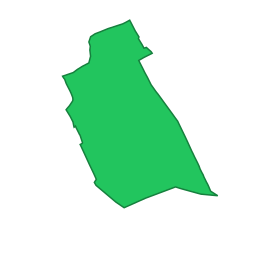 outline of Nazareno Etla, Oaxaca, Mexico, rotated 245°
{"feature_id": "50627088B30693965136566", "entity_name": "Nazareno Etla", "entity_type": "district", "adm_level": 2, "iso_a3": "MEX", "parent_name": "Mexico", "parent_adm1": "Oaxaca", "projection": "mercator", "projection_center": [-96.827, 17.182], "detail": "fine", "context": "isolated", "style": "filled", "palette": "green", "viewbox_px": 256, "rotation_deg": 245, "n_neighbors": 0, "source": "geoboundaries", "source_scale": "gbopen_adm2", "svg_char_len": 1573}
<svg xmlns="http://www.w3.org/2000/svg" viewBox="0 0 256 256"><g transform="rotate(245 128 128)"><path d="M207.5,123.3L203.5,120.0L203.2,113.0L202.5,107.0L201.4,101.8L202.6,90.6L201.3,90.7L200.1,90.9L199.0,91.2L194.3,90.8L191.2,90.9L186.4,91.1L183.8,91.1L180.3,90.9L178.7,90.7L177.1,90.1L176.4,89.7L175.8,89.1L172.9,84.3L171.5,81.2L170.7,79.6L163.0,80.5L156.8,80.7L155.5,80.4L152.8,79.7L151.5,79.5L151.9,81.2L150.4,81.1L143.8,81.3L142.5,81.3L142.0,81.5L140.8,81.4L139.3,81.2L134.2,80.6L133.9,80.5L133.6,80.3L133.4,80.0L133.4,79.7L133.3,79.1L133.3,77.7L126.3,77.7L111.3,77.6L101.3,77.7L94.9,77.6L92.9,74.5L89.5,74.8L77.2,80.5L65.8,85.8L57.4,90.8L57.0,114.1L54.5,146.2L50.8,150.2L39.9,163.0L37.2,166.2L28.7,180.7L35.8,176.2L38.8,176.3L41.2,176.4L43.5,176.4L46.4,176.2L48.6,176.2L51.2,176.1L53.8,176.3L56.6,176.1L60.4,176.0L63.4,176.3L66.9,176.3L70.3,176.2L73.5,176.1L77.7,176.1L79.9,176.0L89.5,176.1L95.9,176.1L102.0,176.0L109.7,175.9L112.9,175.9L113.2,175.9L115.0,175.5L115.4,175.5L116.5,175.2L120.9,174.4L135.2,171.6L136.7,171.3L139.4,170.8L146.4,169.4L148.7,168.8L148.9,168.8L149.2,168.7L157.5,167.2L161.6,167.1L165.6,167.0L170.1,166.7L172.1,166.6L174.2,166.6L183.1,166.3L184.7,166.3L185.2,172.1L185.5,181.5L186.4,181.4L187.7,181.1L189.0,180.5L193.3,178.7L193.6,176.2L197.4,176.0L204.6,175.2L205.9,176.4L212.0,175.7L212.3,175.6L222.9,175.2L224.3,175.1L225.0,175.1L224.7,170.5L224.6,167.3L224.7,166.5L226.5,151.9L226.9,143.4L227.3,138.0L226.5,132.7L222.5,128.9L218.1,128.4L214.8,126.4L208.8,124.4L207.5,123.3Z" fill="#22c55e" stroke="#15803d" stroke-width="1.5"/></g></svg>